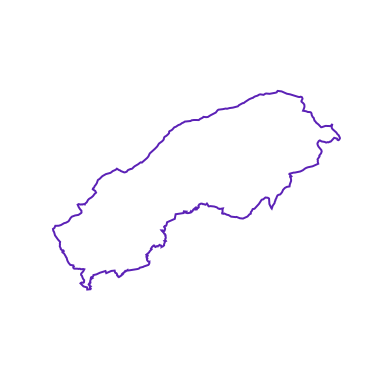 Vatava, Mures, Romania (Albers equal-area conic projection), rotated 28°
{"feature_id": "2599482B44944488682244", "entity_name": "Vatava", "entity_type": "district", "adm_level": 2, "iso_a3": "ROU", "parent_name": "Romania", "parent_adm1": "Mures", "projection": "albers", "projection_center": [24.826, 47.007], "detail": "fine", "context": "isolated", "style": "outline", "palette": "violet", "viewbox_px": 384, "rotation_deg": 28, "n_neighbors": 0, "source": "geoboundaries", "source_scale": "gbopen_adm2", "svg_char_len": 6053}
<svg xmlns="http://www.w3.org/2000/svg" viewBox="0 0 384 384"><g transform="rotate(28 192 192)"><path d="M148.0,325.5L147.9,324.8L147.1,324.9L146.9,324.6L146.5,323.6L146.8,322.9L145.3,322.8L144.7,322.4L145.2,322.1L145.0,321.7L144.2,321.4L144.3,320.5L144.8,320.1L144.3,319.3L144.5,319.1L144.0,318.6L143.7,317.7L143.8,316.8L143.5,316.5L144.1,315.5L143.3,315.7L142.9,314.9L143.3,314.3L144.1,314.8L144.2,314.2L143.8,313.9L144.2,313.4L144.2,312.3L144.0,311.6L146.3,309.6L148.6,306.5L152.7,302.4L154.4,303.9L157.8,299.6L160.6,297.7L161.9,299.2L163.0,299.4L163.4,299.2L164.6,299.9L164.8,300.6L165.6,301.0L166.5,301.0L166.6,301.4L167.4,301.5L168.9,298.7L168.7,297.7L169.4,297.4L169.5,297.0L169.0,297.0L169.0,296.3L169.6,295.5L170.1,293.2L170.6,293.4L171.7,291.2L172.0,291.6L173.3,290.7L180.3,285.4L181.3,284.2L181.4,283.4L184.0,281.1L184.5,280.3L187.7,276.9L187.9,276.1L187.7,274.5L187.1,274.0L187.0,273.5L186.4,273.9L185.8,273.9L184.3,273.2L183.6,272.3L183.9,272.0L183.9,271.7L183.2,271.1L182.4,270.9L182.1,270.4L182.8,269.5L182.7,268.9L181.5,269.1L181.1,268.9L182.5,265.4L182.4,264.5L183.2,261.5L182.4,261.3L182.5,259.4L183.2,257.4L183.5,257.0L184.0,257.0L184.5,257.6L185.6,257.7L186.5,256.2L187.3,256.1L187.3,255.7L188.3,253.9L189.0,254.2L189.8,253.8L190.6,254.2L190.8,254.6L190.9,254.3L191.6,254.1L192.4,252.2L191.9,251.4L191.5,248.7L190.8,248.3L191.8,247.8L192.0,247.5L190.8,246.9L190.4,246.0L190.5,245.3L190.0,244.1L188.9,243.2L189.0,242.6L187.8,241.8L187.1,241.9L186.1,241.2L185.0,240.9L184.3,240.4L183.7,240.5L183.1,240.2L184.3,239.6L185.6,239.8L185.9,239.4L185.9,238.8L185.6,237.2L185.0,236.4L184.1,236.2L183.7,235.8L184.0,234.7L185.0,233.9L184.9,232.9L184.2,230.4L189.4,223.8L188.0,219.3L194.4,214.6L193.9,212.9L196.1,212.0L195.9,212.7L195.9,213.2L197.3,213.0L198.3,212.6L200.0,211.3L200.1,209.6L200.9,210.0L201.4,208.7L201.4,206.9L202.7,203.7L203.2,203.6L203.5,205.7L204.4,205.1L204.3,204.4L205.0,202.9L205.1,202.1L204.1,201.0L204.3,199.4L204.8,199.0L205.0,198.4L206.2,197.6L207.3,197.6L208.0,197.2L209.9,196.9L210.3,196.3L210.6,195.2L212.0,195.9L213.0,196.7L213.6,196.8L214.9,195.8L218.4,194.4L221.1,193.9L223.2,194.3L223.9,193.9L224.4,194.0L227.0,192.0L227.2,193.3L228.4,195.3L228.4,196.3L228.7,196.8L230.0,196.5L230.7,195.8L233.4,195.7L235.2,195.2L238.1,195.4L242.3,193.7L243.0,193.1L246.6,192.7L249.5,191.5L252.5,187.6L253.2,184.8L254.1,183.5L253.4,182.3L253.7,180.4L253.6,178.6L255.0,177.5L255.2,176.9L256.7,171.1L257.1,166.4L257.4,165.8L258.3,165.1L259.4,162.4L261.6,161.5L263.1,161.6L266.0,166.3L269.5,168.9L270.2,169.2L269.7,166.2L270.1,163.2L269.6,161.2L269.7,160.5L269.3,159.5L269.4,158.0L269.2,157.2L269.1,154.9L269.7,153.9L270.9,152.9L271.3,151.7L271.6,149.8L271.4,147.3L272.1,144.8L273.3,143.0L275.5,141.3L274.8,139.4L274.3,135.7L273.5,134.3L272.2,132.8L272.2,132.5L272.5,131.5L272.1,131.4L271.3,132.1L270.8,130.8L270.5,130.5L269.6,130.5L269.5,130.1L272.6,127.2L273.8,126.5L278.0,123.0L279.7,120.7L280.7,118.4L281.6,117.0L282.8,115.7L286.4,112.7L290.2,107.8L288.7,106.1L288.4,105.2L287.5,104.2L287.9,101.2L287.9,100.7L287.4,100.3L287.3,100.0L287.8,97.2L287.5,95.4L286.6,94.3L282.7,92.7L281.4,91.9L280.2,90.7L279.9,90.0L280.0,87.6L280.5,86.6L280.9,86.4L282.7,86.5L285.6,85.5L287.2,85.4L288.4,84.3L289.3,84.0L290.1,82.8L290.6,82.6L290.9,82.1L292.1,77.4L295.0,76.8L295.9,77.6L296.8,77.6L297.2,77.1L297.4,76.5L297.4,75.2L297.0,74.6L294.8,73.0L293.3,72.7L291.5,71.7L286.5,70.5L285.4,69.8L284.7,69.0L284.0,66.0L283.7,67.8L283.1,68.9L278.8,71.0L276.1,73.9L275.5,74.2L272.0,73.0L268.8,72.4L268.0,71.8L266.7,71.5L264.6,69.4L263.3,69.1L261.4,67.7L261.0,66.9L259.9,66.0L258.8,66.0L256.6,67.0L255.0,67.1L251.9,68.1L251.7,66.2L251.4,64.3L251.0,63.4L250.0,62.0L248.6,61.4L246.2,60.8L245.8,59.9L245.9,58.4L245.7,57.6L244.6,56.7L243.3,56.8L242.5,57.6L241.3,58.1L232.8,59.7L229.6,60.7L223.9,61.1L220.2,62.5L220.0,63.1L220.0,64.2L219.3,65.0L214.4,68.9L211.3,70.2L210.6,70.8L209.6,72.6L206.5,73.7L205.8,74.3L205.1,75.2L204.8,76.0L202.8,78.0L201.8,79.6L201.7,80.1L200.6,81.2L199.0,83.2L196.7,87.4L195.9,89.2L195.0,89.8L192.7,93.3L192.3,94.8L188.5,98.3L185.7,100.3L183.8,102.1L182.7,102.4L180.3,104.4L176.7,106.9L176.2,107.9L175.7,110.7L172.3,115.6L170.8,118.3L169.5,119.2L166.8,120.3L166.7,121.0L165.8,122.5L165.0,123.4L164.2,125.3L159.9,127.5L158.0,128.9L157.4,130.0L152.6,133.2L151.8,134.7L150.9,135.7L149.8,138.0L148.6,139.2L147.1,142.0L146.0,143.2L145.3,146.2L144.7,147.4L143.6,148.8L143.5,149.5L144.1,150.7L143.8,152.2L143.0,154.4L141.9,156.2L141.9,157.6L142.3,158.6L142.3,159.6L141.8,161.3L140.1,164.8L139.9,168.1L139.0,171.2L136.6,177.8L136.8,181.1L136.4,183.0L133.9,189.6L132.9,189.8L132.4,190.5L131.5,192.6L129.3,196.2L128.6,198.0L128.4,199.0L127.9,199.9L126.7,200.7L126.5,201.3L125.5,202.2L125.1,203.0L124.8,204.7L123.8,205.9L123.0,206.5L119.4,206.9L118.5,206.7L117.2,206.9L114.7,206.7L114.2,208.2L112.1,210.9L111.7,212.0L111.0,213.4L107.6,216.6L105.4,220.1L104.2,224.0L103.5,225.1L103.3,225.8L103.8,228.9L103.6,231.1L103.3,232.3L103.4,234.3L102.9,235.3L103.1,236.2L106.1,236.5L107.6,237.6L106.9,239.4L106.5,242.0L105.8,243.9L104.3,246.5L103.9,248.0L103.9,250.5L103.0,252.7L103.2,253.3L101.6,253.8L100.9,254.7L100.0,254.9L99.5,255.4L97.6,255.9L97.0,256.9L99.2,258.6L101.3,259.8L103.1,260.4L104.1,262.1L104.0,262.6L102.5,265.5L99.8,267.6L97.5,270.2L97.0,271.9L96.8,275.4L96.4,276.4L95.1,278.3L93.7,279.6L91.8,282.7L90.1,284.4L87.2,286.0L87.4,288.3L86.6,289.9L87.8,291.4L89.0,292.1L91.4,294.6L96.0,296.9L99.0,298.0L99.5,299.6L100.0,300.2L100.8,302.1L102.7,303.5L102.8,303.9L103.7,304.3L106.0,304.4L106.1,304.1L106.3,304.2L106.4,304.3L105.4,305.2L105.9,306.1L107.8,306.3L110.9,308.2L111.1,308.5L112.1,308.9L114.2,311.1L116.3,312.5L118.8,313.5L121.7,312.5L122.1,313.1L122.6,313.3L122.4,313.9L122.7,314.6L123.9,315.0L127.1,313.4L127.9,313.2L129.0,312.4L130.1,312.4L132.3,311.0L133.2,310.8L133.2,313.2L132.5,315.9L132.6,316.6L133.2,317.4L134.4,317.8L135.2,318.7L136.6,319.8L138.2,320.5L139.0,322.4L138.8,323.0L137.1,323.7L136.6,324.4L136.4,325.0L140.5,326.3L144.2,325.5L145.3,327.3L148.0,325.5Z" fill="none" stroke="#5b21b6" stroke-width="2"/></g></svg>